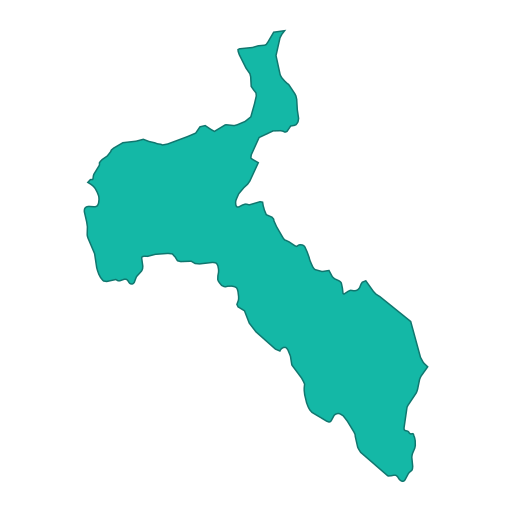 an SVG outline of San José
{"feature_id": "CRI-1331", "entity_name": "San José", "entity_type": "Province", "adm_level": 1, "iso_a3": "CRI", "parent_name": "Costa Rica", "parent_adm1": "", "projection": "equal_earth", "projection_center": [-83.994, 9.633], "detail": "fine", "context": "isolated", "style": "filled", "palette": "teal", "viewbox_px": 512, "rotation_deg": 0, "n_neighbors": 0, "source": "natural_earth", "source_scale": "10m", "svg_char_len": 4940}
<svg xmlns="http://www.w3.org/2000/svg" viewBox="0 0 512 512"><path d="M234.2,125.6L237.2,124.8L245.0,121.5L250.8,116.9L254.5,103.8L256.3,95.9L256.0,93.0L255.0,91.6L253.6,89.9L251.2,86.4L250.7,76.9L249.9,73.7L246.0,68.1L239.3,54.7L238.2,51.5L238.0,49.6L239.5,48.8L252.5,47.5L258.2,45.8L264.7,45.2L266.2,44.5L267.9,42.1L273.7,32.2L284.6,30.7L281.9,34.2L280.0,37.8L276.0,55.6L280.1,74.5L280.8,76.1L281.9,77.9L284.5,80.9L287.0,83.3L288.3,84.2L288.9,84.8L294.8,93.7L295.9,95.9L296.7,99.4L297.3,109.8L298.6,118.5L298.0,121.8L297.1,123.3L296.0,124.7L294.3,125.4L290.7,126.0L287.0,131.4L286.1,131.8L285.0,132.1L284.1,131.8L283.4,131.3L280.7,130.7L272.9,130.9L272.7,131.1L259.1,137.5L251.3,154.7L250.8,157.9L251.3,158.4L252.4,159.3L258.3,162.7L249.8,181.1L247.6,184.2L243.9,187.6L238.7,193.8L236.8,198.1L235.8,200.7L235.6,202.4L235.7,203.7L235.8,204.8L236.1,205.8L236.6,206.5L237.2,207.0L238.1,207.0L238.9,206.9L242.5,205.0L244.9,204.2L245.8,204.1L247.5,204.4L249.2,204.9L260.1,201.7L262.6,202.2L263.2,205.9L263.8,207.9L264.3,209.9L266.3,214.7L272.0,217.2L273.6,219.1L273.8,220.0L273.9,220.8L276.5,226.6L283.1,238.0L284.6,239.9L285.5,240.2L289.1,241.9L295.1,245.9L296.6,246.4L297.4,246.0L298.0,245.5L298.9,245.0L300.1,244.7L302.4,245.0L303.6,245.6L304.5,246.4L305.0,247.2L307.2,252.1L309.2,257.7L309.4,258.7L310.0,260.6L311.3,263.7L312.7,266.8L313.7,268.3L314.6,269.3L315.4,269.7L321.9,271.5L323.3,271.4L329.0,270.5L332.3,276.7L333.1,277.5L334.6,278.8L339.0,280.8L340.4,281.8L341.2,282.8L341.5,283.8L342.4,288.1L343.0,293.3L343.5,293.9L344.1,294.0L348.2,291.3L349.7,290.6L350.6,290.3L354.0,290.8L355.0,290.7L355.9,290.6L356.7,290.3L357.5,289.9L358.1,289.5L358.6,288.9L359.2,288.3L359.7,287.5L361.1,284.0L362.3,282.2L365.8,280.8L373.3,291.3L375.9,294.1L378.8,296.0L379.6,296.4L410.7,321.5L420.5,357.4L423.0,362.0L424.1,363.4L427.7,366.8L421.2,375.9L420.4,377.4L419.6,379.4L417.6,389.1L416.9,391.4L416.2,393.0L408.1,405.1L407.1,407.0L406.9,408.0L404.0,428.1L404.1,429.2L404.4,430.0L405.1,430.5L407.6,431.2L408.3,431.6L408.9,432.3L409.3,433.0L409.9,433.5L410.6,433.9L411.4,433.9L412.1,433.7L412.9,433.7L413.4,434.2L413.7,435.1L413.9,436.1L414.4,437.0L414.8,438.6L415.2,440.8L415.3,445.5L414.8,448.0L412.5,453.5L412.0,455.5L411.8,457.3L412.7,466.4L412.5,468.5L412.1,469.9L411.5,470.6L410.9,471.1L410.3,471.6L409.3,472.4L408.3,473.7L405.1,479.7L404.6,480.4L404.0,480.9L403.3,481.2L402.5,481.3L401.7,481.1L400.9,480.7L399.6,479.7L399.1,479.1L397.7,476.9L396.5,475.7L395.8,475.3L394.7,475.2L393.9,475.2L391.5,475.7L388.2,476.0L387.5,475.6L360.7,452.4L358.7,449.2L357.9,447.7L357.6,446.8L355.3,436.6L355.2,435.6L355.1,434.5L354.0,432.1L347.3,421.1L343.2,415.8L340.3,414.0L339.5,413.7L338.7,413.5L337.9,413.5L337.0,413.7L336.1,414.0L335.3,414.4L334.6,414.9L334.1,415.4L331.5,420.2L331.0,421.0L330.4,421.6L329.7,421.9L328.9,422.0L326.7,421.2L312.0,412.4L309.9,410.0L308.9,408.3L308.1,406.7L306.6,402.8L304.7,394.8L304.2,390.4L304.2,388.0L304.6,384.1L303.5,381.6L301.6,378.1L292.0,365.2L291.7,364.2L290.5,356.5L290.0,355.0L287.9,349.9L286.9,348.5L286.0,347.6L285.2,347.4L284.3,347.4L283.4,347.5L282.7,347.9L282.0,348.3L281.4,348.8L280.8,349.4L280.3,350.1L279.9,351.0L275.4,349.1L256.0,331.9L249.3,323.2L244.5,310.8L238.1,306.9L236.9,304.4L237.6,302.5L238.3,300.6L238.6,299.0L238.6,296.6L238.0,291.6L237.4,289.4L236.7,288.0L236.0,287.4L234.5,286.7L231.8,286.1L227.9,286.2L225.3,286.8L223.9,286.5L221.6,285.4L219.4,282.7L218.3,281.0L217.8,279.6L217.8,278.4L217.9,275.8L218.5,272.5L218.6,270.9L218.5,269.1L217.9,265.9L217.1,264.2L216.1,263.1L215.4,262.8L212.7,262.4L199.5,263.9L195.1,263.5L191.2,261.2L180.7,261.6L177.6,260.8L177.1,260.2L175.1,256.9L174.0,255.8L172.4,253.9L168.0,253.4L155.4,254.3L147.7,256.3L144.2,256.2L142.5,256.6L141.8,257.3L141.7,258.3L142.8,266.2L142.6,268.5L142.3,269.5L141.7,270.8L140.6,272.1L137.3,275.7L136.5,276.7L136.1,277.5L134.3,282.3L133.5,283.3L132.6,283.9L131.8,284.0L130.9,283.9L130.2,283.6L129.5,283.1L129.0,282.4L127.6,280.3L126.9,279.7L126.2,279.3L125.3,279.2L124.4,279.2L119.8,280.8L118.6,280.8L117.9,280.7L115.8,279.5L106.7,281.5L103.6,281.0L102.7,280.2L100.6,277.6L98.8,274.2L97.5,270.5L96.7,267.6L94.7,254.3L94.5,253.4L88.0,238.1L87.3,235.8L87.2,234.5L87.4,226.8L86.7,222.0L84.4,212.0L84.3,211.0L84.4,209.9L84.6,208.9L85.0,208.1L85.6,207.5L86.3,207.0L87.1,206.7L88.8,206.4L94.5,206.8L95.4,206.7L96.2,206.4L97.0,206.0L97.5,205.4L98.1,204.4L98.6,202.9L99.0,199.6L98.9,197.4L98.6,195.8L97.2,192.2L95.5,189.0L95.0,188.2L93.9,186.9L92.7,185.7L90.6,184.1L87.8,182.4L90.4,179.6L92.6,179.5L93.0,178.7L93.4,175.7L93.9,174.2L99.4,165.2L99.5,163.9L99.4,162.9L100.3,161.5L102.2,159.5L107.3,156.0L110.8,151.5L111.1,150.5L111.4,150.0L113.8,148.0L122.9,142.7L136.1,141.2L143.3,139.3L149.0,141.5L154.8,142.8L156.0,143.3L157.4,143.8L160.9,144.3L162.5,145.0L167.7,144.0L187.5,136.6L195.7,133.1L200.0,126.8L205.2,125.6L211.0,129.5L214.4,131.4L225.2,124.9L226.6,124.8L234.2,125.6Z" fill="#14b8a6" stroke="#0f766e" stroke-width="1.5"/></svg>